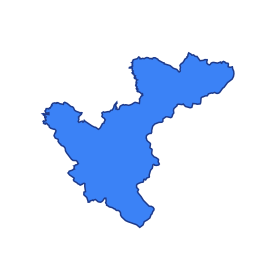 Dungu, Orientale, Democratic Republic of the Congo, rotated 107°
{"feature_id": "63176286B6974395638231", "entity_name": "Dungu", "entity_type": "district", "adm_level": 2, "iso_a3": "COD", "parent_name": "Democratic Republic of the Congo", "parent_adm1": "Orientale", "projection": "robinson", "projection_center": [28.274, 4.004], "detail": "fine", "context": "isolated", "style": "filled", "palette": "blue", "viewbox_px": 256, "rotation_deg": 107, "n_neighbors": 0, "source": "geoboundaries", "source_scale": "gbopen_adm2", "svg_char_len": 5810}
<svg xmlns="http://www.w3.org/2000/svg" viewBox="0 0 256 256"><g transform="rotate(107 128 128)"><path d="M56.9,138.5L59.0,139.4L61.2,142.9L62.2,142.9L62.7,143.2L63.9,142.8L64.4,143.6L65.0,142.5L66.4,142.2L66.6,142.4L67.0,141.8L68.0,141.7L68.3,142.7L68.7,142.8L69.3,143.9L69.7,144.4L70.2,144.3L69.7,142.6L69.2,142.1L69.7,141.7L69.8,141.3L71.4,140.9L72.0,139.7L72.5,140.0L73.1,139.6L73.6,139.9L73.8,139.5L74.2,140.1L74.8,139.2L74.5,138.5L75.7,137.6L76.1,136.8L76.0,136.3L76.8,136.5L77.2,135.9L77.7,136.8L78.5,136.4L78.5,135.8L78.8,135.5L78.6,134.9L79.2,133.9L79.3,133.2L79.8,133.8L81.6,133.6L81.8,133.2L82.1,133.5L82.8,132.8L83.8,133.3L84.3,132.7L85.0,132.6L85.2,132.9L85.9,132.2L86.1,131.3L88.0,131.6L88.2,131.3L87.5,130.7L87.8,130.1L88.0,130.4L88.4,130.2L89.0,130.5L89.6,129.8L90.3,129.9L90.4,129.6L89.9,129.4L89.8,128.8L90.4,128.1L90.5,126.5L91.5,125.1L90.9,124.4L91.1,124.1L91.5,124.2L92.2,123.5L93.1,124.3L93.5,124.2L93.9,124.8L96.4,125.2L97.0,125.6L97.9,125.0L101.2,124.3L101.3,128.3L101.7,129.2L104.3,131.4L106.1,133.8L106.4,136.9L107.1,138.1L107.0,139.4L109.2,141.7L110.3,142.0L112.5,142.0L113.3,143.1L113.4,143.8L112.9,144.5L113.0,144.7L112.3,144.5L112.4,145.2L111.4,145.2L111.1,145.8L110.8,145.8L109.9,146.4L108.4,146.4L107.6,145.8L106.6,146.3L110.2,147.8L113.0,147.7L115.4,148.3L116.1,149.6L117.9,150.5L118.1,151.8L119.9,155.1L119.8,156.3L121.3,157.4L122.7,156.3L124.5,156.4L125.2,155.3L125.8,153.2L126.6,152.7L126.9,152.1L129.3,152.6L130.1,152.3L131.3,153.7L135.2,154.4L136.6,154.9L137.9,155.9L136.8,159.1L137.0,160.3L136.5,163.2L134.2,170.8L133.5,172.1L135.0,172.2L135.6,172.8L134.8,173.7L135.7,175.2L137.0,176.5L136.4,177.5L133.9,177.5L132.9,178.3L132.1,178.1L131.8,178.5L128.5,176.6L126.9,176.5L127.0,177.5L127.7,178.2L127.3,179.5L127.2,182.3L126.6,184.3L124.6,186.0L124.0,187.1L124.1,189.0L122.3,193.2L121.9,196.0L122.8,196.8L124.3,196.7L124.7,200.3L124.3,202.4L124.6,203.4L125.1,203.3L125.5,204.1L125.3,204.5L125.4,205.4L126.4,207.1L128.1,207.8L128.5,207.8L128.9,207.3L129.4,207.8L131.7,208.3L131.7,208.9L132.9,209.3L132.7,209.9L133.4,211.9L135.3,211.9L136.0,212.4L136.5,211.7L137.6,211.2L137.2,209.5L136.5,208.2L138.3,207.6L138.6,209.9L139.4,210.8L139.1,211.4L138.9,212.9L139.4,213.8L139.6,213.0L140.2,212.8L140.8,211.2L142.0,210.8L141.5,209.6L142.2,209.6L143.0,210.0L143.7,209.8L144.4,208.6L144.9,208.6L145.2,209.3L145.8,209.6L146.1,210.2L145.9,210.8L146.3,211.1L146.6,211.1L146.8,210.2L148.1,210.2L148.4,209.5L148.4,208.2L147.5,208.1L147.3,207.6L147.7,206.5L148.2,206.2L148.6,204.4L150.0,203.6L150.8,201.9L150.9,198.8L150.6,197.7L151.3,196.3L151.9,196.0L153.4,196.2L153.7,195.9L154.4,196.4L157.0,196.5L158.9,194.6L159.2,191.6L159.8,191.1L161.3,190.9L163.0,188.7L163.2,187.6L163.7,187.5L164.2,186.4L164.3,184.4L165.1,182.9L166.0,182.0L168.1,181.1L169.6,179.6L174.6,172.7L174.7,171.8L175.1,171.2L174.3,167.8L175.4,166.1L175.9,166.1L176.6,165.1L178.0,166.1L178.7,167.5L179.7,167.9L180.1,168.6L180.4,168.0L182.2,167.9L182.9,167.2L183.5,168.2L184.4,168.7L186.5,171.6L188.3,171.9L188.6,172.2L190.0,170.1L191.5,165.1L192.3,164.7L193.3,165.1L193.8,164.9L194.6,164.0L195.2,161.2L196.1,159.3L196.1,158.2L196.5,157.6L196.4,156.5L195.6,156.1L195.3,155.4L194.2,154.7L193.7,153.7L193.8,153.0L196.4,152.3L201.3,150.0L202.2,151.4L204.8,150.7L206.5,147.1L209.4,145.0L210.6,144.4L210.0,143.0L208.6,142.8L207.7,141.1L207.3,140.9L207.5,139.8L206.8,139.6L205.9,138.3L207.3,134.9L207.0,132.6L206.3,131.7L205.0,130.9L202.0,129.9L201.6,128.7L204.1,127.6L205.1,127.4L205.6,127.7L206.6,127.0L207.2,126.1L208.1,125.9L208.4,124.1L208.9,122.9L208.7,119.5L209.3,118.0L209.1,116.9L209.6,116.5L210.2,115.0L209.7,113.1L210.1,111.6L211.4,110.3L213.4,109.6L214.8,108.2L217.2,103.4L217.6,100.6L218.0,91.5L219.6,87.7L216.3,85.3L212.8,85.1L210.3,82.7L207.6,80.8L204.0,80.6L203.3,80.0L200.5,79.9L199.4,79.3L197.8,79.4L196.6,80.7L196.1,82.7L196.6,84.9L192.7,92.1L189.9,95.3L187.2,99.3L186.2,100.3L183.9,99.9L182.8,101.4L182.6,102.3L180.2,103.1L179.2,102.9L178.0,101.8L176.2,99.6L175.4,97.8L174.5,97.6L172.6,97.9L172.2,97.5L172.6,96.2L172.2,95.8L171.0,95.7L170.1,95.1L168.9,93.4L168.4,93.3L166.7,94.0L162.8,94.1L161.6,94.0L159.4,93.0L156.0,93.4L155.3,92.8L155.3,92.1L155.8,91.5L155.4,89.7L154.4,87.9L153.3,87.5L151.5,89.3L149.5,89.5L149.0,89.9L148.1,92.6L148.0,94.6L146.5,97.1L145.3,98.0L141.7,98.6L141.1,99.2L140.9,100.5L140.4,101.3L136.7,101.8L136.0,102.5L134.9,105.3L134.0,106.6L133.0,107.0L132.3,107.7L129.8,108.1L128.0,106.9L126.9,105.7L126.4,104.3L125.0,104.1L123.7,104.6L119.8,104.9L118.8,104.8L116.4,103.6L113.6,100.1L112.6,97.3L111.5,96.6L109.2,97.2L106.2,95.0L105.8,93.7L105.6,90.1L104.7,89.3L103.0,89.1L102.6,89.4L100.3,88.6L97.8,89.7L96.0,89.8L92.3,87.6L91.6,87.8L91.0,87.6L90.4,86.5L89.8,83.1L88.9,82.2L90.6,79.4L90.5,74.5L89.6,73.0L85.6,73.1L84.9,69.6L85.1,69.0L83.9,66.1L83.4,65.9L82.0,66.0L78.0,66.9L76.5,66.0L76.2,65.2L74.7,63.5L74.0,61.6L71.8,61.0L70.1,58.4L70.0,57.3L68.6,55.5L69.0,53.6L68.7,52.4L68.0,51.4L67.0,50.7L62.3,49.1L60.9,48.0L55.5,46.1L50.8,42.7L47.9,42.2L45.1,42.6L42.7,43.6L41.0,45.1L39.0,46.1L40.2,48.3L40.1,50.2L37.4,50.7L36.9,51.2L37.2,53.8L36.6,54.5L36.4,56.2L37.5,57.2L38.7,57.3L38.7,57.8L37.8,58.7L39.8,61.4L40.2,65.2L40.8,66.6L41.7,67.5L43.3,68.0L43.8,68.5L43.8,69.9L43.1,71.4L41.5,72.1L39.9,72.1L39.5,72.3L40.2,74.6L41.3,75.8L42.6,78.8L39.4,82.9L39.7,83.7L39.7,85.2L38.9,86.6L39.6,88.2L39.0,89.2L38.4,91.9L40.2,92.1L41.9,91.8L42.8,92.5L43.4,92.1L45.8,93.9L46.5,93.8L49.2,94.6L50.0,95.0L50.6,95.8L52.7,96.6L53.1,96.6L54.5,95.6L56.9,95.3L58.0,94.7L58.5,94.7L59.4,95.3L59.4,95.8L57.7,98.5L57.6,102.1L56.0,106.0L56.0,112.2L55.2,112.5L55.3,113.8L54.3,118.7L53.5,119.6L52.9,122.6L53.5,124.4L54.8,124.9L54.9,125.7L54.7,126.1L55.3,127.5L54.9,129.2L55.1,130.6L55.5,131.3L57.0,132.8L57.1,134.4L57.9,135.5L58.3,136.9L57.2,137.3L56.9,138.5Z" fill="#3b82f6" stroke="#1e3a8a" stroke-width="1.5"/></g></svg>